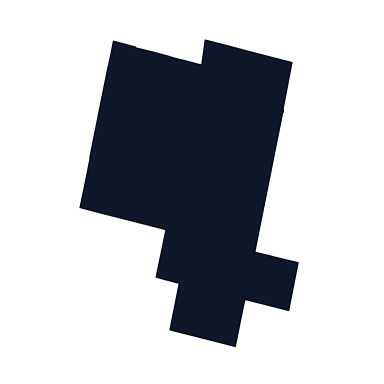 Stefan Cel Mare, Olt, Romania, rotated 84°
{"feature_id": "2599482B22741879440662", "entity_name": "Stefan Cel Mare", "entity_type": "district", "adm_level": 2, "iso_a3": "ROU", "parent_name": "Romania", "parent_adm1": "Olt", "projection": "natural_earth1", "projection_center": [24.217, 43.82], "detail": "fine", "context": "isolated", "style": "filled", "palette": "ink", "viewbox_px": 384, "rotation_deg": 84, "n_neighbors": 0, "source": "geoboundaries", "source_scale": "gbopen_adm2", "svg_char_len": 1682}
<svg xmlns="http://www.w3.org/2000/svg" viewBox="0 0 384 384"><g transform="rotate(84 192 192)"><path d="M326.7,228.1L329.0,222.0L333.2,210.5L350.0,165.2L336.3,160.9L322.3,156.5L304.3,150.8L304.6,149.6L309.0,137.6L312.3,128.5L313.0,126.7L318.1,112.8L319.8,108.3L313.1,106.3L274.7,94.4L273.5,94.1L268.7,107.7L266.1,114.9L258.6,135.6L258.4,136.0L212.4,121.7L212.3,121.4L211.9,121.3L211.5,121.4L181.7,112.1L144.7,100.6L130.8,96.2L122.7,93.7L122.3,93.6L122.5,93.2L122.3,93.0L121.7,92.8L120.0,92.8L119.6,92.8L119.4,92.8L119.4,93.0L111.0,90.5L103.8,88.3L98.9,86.8L97.8,86.5L95.3,85.7L89.3,83.9L74.6,79.5L73.8,79.2L65.6,101.3L59.5,117.6L50.0,142.5L46.4,152.2L44.8,156.5L43.9,158.8L42.5,162.9L55.7,166.1L63.5,168.1L67.0,168.9L65.7,172.5L60.9,185.0L58.8,190.9L56.7,196.6L54.2,202.3L53.9,203.1L53.6,203.8L53.4,204.5L53.1,205.3L52.8,206.0L52.5,206.8L52.4,207.1L51.9,208.5L51.6,209.3L51.3,210.1L51.0,210.9L50.6,211.7L50.3,212.5L50.1,212.9L50.0,213.3L50.0,213.5L49.7,214.2L49.4,214.9L49.0,215.9L48.6,216.9L48.4,217.4L48.4,217.6L48.2,218.1L48.1,218.6L47.9,219.0L47.6,219.9L47.1,221.2L46.9,221.8L46.7,222.5L46.4,223.1L46.2,223.7L46.0,224.3L45.8,224.9L45.6,225.2L45.3,226.1L44.9,227.3L44.3,229.1L43.7,230.8L43.1,232.3L42.7,233.5L42.0,233.3L41.3,235.0L39.4,240.1L36.7,247.1L35.5,250.4L34.0,254.1L34.7,254.5L45.8,257.9L56.1,261.3L56.4,261.0L57.1,261.1L57.4,261.4L57.5,261.8L58.2,262.0L79.9,268.9L102.6,276.0L125.7,283.2L130.8,284.8L143.7,288.8L147.3,289.9L148.2,289.8L171.8,297.1L195.7,304.8L204.2,282.3L209.7,267.3L211.3,263.1L218.9,242.3L226.7,221.6L272.8,236.4L273.1,235.8L276.9,226.0L280.0,217.8L281.3,214.0L304.0,221.1L326.7,228.1Z" fill="#0f172a" stroke="#020617" stroke-width="1.5"/></g></svg>